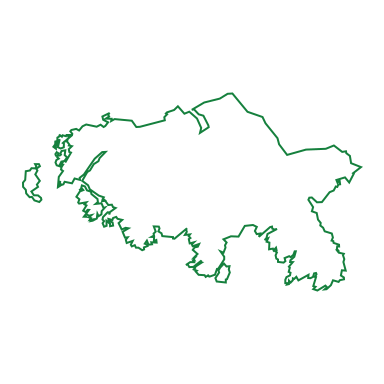 the district of Fredrikstad nor, Østfold, Norway
{"feature_id": "86288312B4137874429707", "entity_name": "Fredrikstad nor", "entity_type": "district", "adm_level": 2, "iso_a3": "NOR", "parent_name": "Norway", "parent_adm1": "Østfold", "projection": "natural_earth1", "projection_center": [10.867, 59.223], "detail": "fine", "context": "isolated", "style": "outline", "palette": "green", "viewbox_px": 384, "rotation_deg": 0, "n_neighbors": 0, "source": "geoboundaries", "source_scale": "gbopen_adm2", "svg_char_len": 5960}
<svg xmlns="http://www.w3.org/2000/svg" viewBox="0 0 384 384"><path d="M321.9,202.1L329.6,192.2L333.7,190.5L335.8,186.5L337.3,186.9L338.3,184.6L340.1,184.3L339.6,180.5L337.5,182.7L336.4,180.0L345.0,177.4L349.2,182.5L353.8,173.7L353.1,173.2L361.0,167.1L351.1,163.2L349.9,155.9L346.3,153.2L346.0,151.3L342.2,151.9L333.9,145.5L325.8,148.8L306.0,149.6L287.1,154.9L279.1,144.3L277.5,138.2L265.5,123.3L262.5,117.0L247.5,111.8L232.4,93.5L227.6,93.8L219.8,98.6L204.2,102.5L191.8,109.8L194.1,109.4L198.7,114.3L203.4,115.7L208.3,125.3L208.7,127.2L200.0,132.9L201.2,127.9L197.0,118.5L189.3,111.7L184.4,113.7L177.9,106.3L174.1,110.0L166.9,112.4L165.9,113.5L167.1,114.3L164.3,117.2L164.8,120.3L139.9,126.8L136.3,127.0L131.8,120.7L114.6,119.1L111.2,121.0L111.6,118.8L105.9,118.6L109.1,116.5L108.1,114.7L109.6,113.0L102.4,116.5L103.2,119.8L108.1,122.3L105.3,126.0L103.6,127.0L100.6,124.7L96.7,126.7L86.2,124.5L82.5,126.3L79.1,130.5L76.2,128.9L71.4,130.0L70.3,131.3L72.3,133.8L72.0,135.3L67.9,138.8L67.0,141.2L65.9,140.5L69.1,137.6L68.2,136.3L69.4,135.0L66.5,135.0L66.0,136.2L62.6,135.3L61.9,136.7L59.2,134.6L59.9,136.1L57.4,137.6L57.3,141.0L55.3,141.5L55.2,144.4L53.4,146.8L55.9,148.7L55.8,146.4L57.4,143.9L56.5,143.1L59.7,139.3L57.9,147.2L60.7,148.5L63.8,147.3L63.9,143.5L62.9,143.0L64.6,141.4L67.0,141.4L69.4,144.6L68.9,145.5L71.9,146.2L68.8,149.2L69.3,152.0L71.0,152.6L65.7,161.7L64.4,161.0L67.1,157.4L64.7,155.1L65.3,150.3L61.6,151.0L60.4,153.4L61.0,154.6L59.8,155.5L57.8,155.4L58.4,153.3L56.7,152.2L55.4,154.1L55.9,155.6L58.0,155.5L57.2,157.1L58.8,158.6L56.4,160.0L55.5,162.5L56.7,165.3L59.1,166.1L61.4,161.6L63.3,161.2L61.5,164.7L63.0,164.8L61.5,167.1L60.1,166.4L61.5,167.3L61.0,169.5L63.0,171.0L58.8,176.9L57.9,187.2L59.8,186.0L58.4,184.2L60.3,181.0L59.9,182.8L61.4,185.0L63.4,184.3L64.6,181.8L72.0,183.3L74.6,178.5L80.0,179.9L79.7,177.8L83.9,174.5L94.7,158.7L102.2,152.1L105.6,151.9L99.6,158.1L98.4,161.2L93.8,164.1L90.0,170.4L87.3,172.0L82.2,180.8L88.1,185.3L89.8,189.3L98.8,195.6L103.8,197.3L102.9,198.8L104.1,199.7L102.5,199.7L102.2,201.1L105.2,200.8L108.3,205.0L111.9,204.7L113.0,207.1L115.6,208.0L109.9,212.1L109.4,214.5L109.1,212.4L107.6,212.3L103.0,217.1L102.5,219.5L104.1,221.1L102.6,223.2L104.1,226.7L106.6,225.8L106.5,220.8L110.0,223.6L110.1,226.2L113.1,225.6L112.6,222.5L109.7,221.1L108.9,222.0L108.4,218.9L112.4,220.0L113.1,218.0L116.2,216.9L117.5,218.8L122.2,219.9L118.6,223.1L121.7,229.5L125.6,227.8L128.5,228.3L122.6,231.8L125.0,237.6L127.7,237.3L125.8,239.8L126.7,243.0L132.7,240.9L130.8,244.8L131.8,246.4L134.8,245.2L136.0,247.7L138.5,247.7L142.2,250.2L144.1,249.4L143.9,247.4L147.7,246.0L147.6,244.7L144.8,243.7L146.9,240.6L148.5,244.7L152.0,244.3L151.3,242.3L156.6,242.6L156.3,240.0L153.9,241.0L154.1,237.0L151.5,236.9L154.0,235.5L153.6,233.6L155.7,231.6L153.8,226.4L158.8,226.6L159.5,228.4L158.4,231.4L161.5,233.3L162.3,236.1L173.0,237.1L173.0,238.5L174.5,238.7L187.0,228.3L186.1,229.5L186.8,231.8L184.9,234.9L190.0,234.4L188.7,236.1L190.4,238.0L188.8,239.1L189.7,243.4L193.9,242.3L191.8,244.3L192.7,246.2L199.1,244.0L197.8,246.7L194.6,247.4L192.8,249.9L197.5,254.0L194.0,257.6L195.0,257.5L193.7,258.8L194.6,260.5L193.0,260.4L194.0,262.2L190.2,262.1L185.9,265.0L187.7,264.3L189.3,267.1L192.9,266.9L192.4,267.7L201.5,260.5L200.6,262.2L201.8,262.5L194.4,267.3L195.1,268.0L193.8,269.5L196.8,270.7L195.7,271.5L198.6,274.8L204.6,275.2L205.7,276.9L208.8,274.9L208.1,276.1L209.6,276.6L215.0,274.7L217.0,268.9L218.2,268.8L224.2,259.4L224.2,256.7L220.5,251.4L223.5,252.7L225.5,247.6L225.0,245.3L226.6,242.5L223.5,239.3L231.0,236.3L238.5,236.6L244.8,225.9L253.0,225.0L256.8,226.9L254.9,231.0L256.7,234.1L260.2,233.5L258.9,236.8L270.1,227.1L272.0,226.6L272.3,228.6L274.2,229.5L277.0,229.0L267.5,234.0L266.4,238.2L264.6,240.0L268.1,238.3L266.6,241.7L269.4,242.6L269.1,249.3L272.9,248.6L273.6,250.4L276.0,247.7L276.6,250.4L275.4,251.4L276.9,252.4L275.6,255.3L276.3,258.6L278.0,259.5L278.0,261.9L283.6,262.6L285.4,261.1L284.6,258.1L289.2,256.2L290.7,257.2L293.4,254.8L294.7,251.3L295.8,251.3L294.3,256.8L290.4,260.3L290.1,262.0L292.8,262.1L288.9,266.7L289.8,267.7L288.7,271.9L290.5,272.7L290.0,275.4L286.5,277.1L285.3,279.8L285.3,283.1L287.4,283.1L286.8,284.6L288.9,284.1L289.0,280.7L290.6,282.6L292.8,280.3L292.9,278.4L294.2,278.9L296.3,276.8L298.4,280.4L308.5,274.8L308.2,278.0L310.4,278.2L313.0,276.9L314.1,273.4L316.0,273.0L316.5,274.2L315.0,276.9L316.0,277.1L313.3,286.1L315.5,286.8L313.3,289.1L317.4,290.5L325.4,285.6L327.0,287.2L324.6,289.4L326.5,289.2L330.9,285.2L333.0,280.3L338.6,281.9L339.8,280.2L344.0,279.3L343.9,277.5L340.9,275.5L341.9,270.3L345.7,270.6L343.4,262.0L344.3,259.1L343.0,255.3L343.8,253.8L338.8,252.7L337.0,250.4L338.1,250.4L336.9,248.9L337.2,246.4L339.1,246.5L339.0,244.7L333.6,242.9L333.3,241.1L331.6,240.6L332.9,237.5L331.8,233.5L324.7,231.3L323.1,227.7L320.3,225.5L320.7,222.9L318.0,219.6L316.7,213.0L311.9,211.3L313.1,207.1L308.4,199.8L309.3,197.7L311.8,197.5L317.0,202.3L321.9,202.1ZM84.9,186.4L81.9,185.4L81.0,188.9L79.2,190.3L82.1,188.7L83.3,190.1L79.9,191.4L76.4,196.8L79.4,199.3L78.2,202.5L79.1,203.6L86.4,202.3L84.5,204.4L86.5,205.4L83.2,210.7L85.7,212.1L87.6,209.8L89.0,209.9L83.9,216.7L86.3,216.8L85.0,215.6L86.3,214.1L88.9,215.7L91.5,215.1L89.0,217.4L91.0,218.1L89.7,220.0L92.4,219.5L91.1,221.0L92.7,220.7L96.8,218.5L97.4,213.7L98.6,216.2L101.4,214.4L101.7,211.1L104.9,207.5L103.5,207.9L101.5,203.3L95.7,203.9L97.9,202.0L97.5,199.0L91.4,194.0L91.0,191.7L87.0,190.4L84.9,186.4ZM38.9,164.1L35.1,164.1L36.3,166.4L35.3,168.4L31.5,168.2L29.9,170.5L25.8,171.2L25.2,179.9L23.0,182.6L23.1,186.9L25.8,189.9L26.2,193.4L29.6,197.2L31.9,196.9L34.4,200.4L39.3,202.0L41.4,199.7L41.0,197.9L38.0,195.4L33.9,195.3L31.4,191.5L38.0,186.9L36.9,184.6L39.8,180.9L35.3,174.4L37.4,170.6L36.3,168.8L39.9,166.2L38.9,164.1ZM226.5,266.5L224.0,263.6L220.2,267.6L218.5,270.5L219.1,272.5L215.4,278.1L216.7,281.5L225.8,282.5L225.8,279.5L227.0,279.2L229.8,272.5L228.8,269.4L229.5,266.2L226.5,266.5Z" fill="none" stroke="#15803d" stroke-width="2"/></svg>